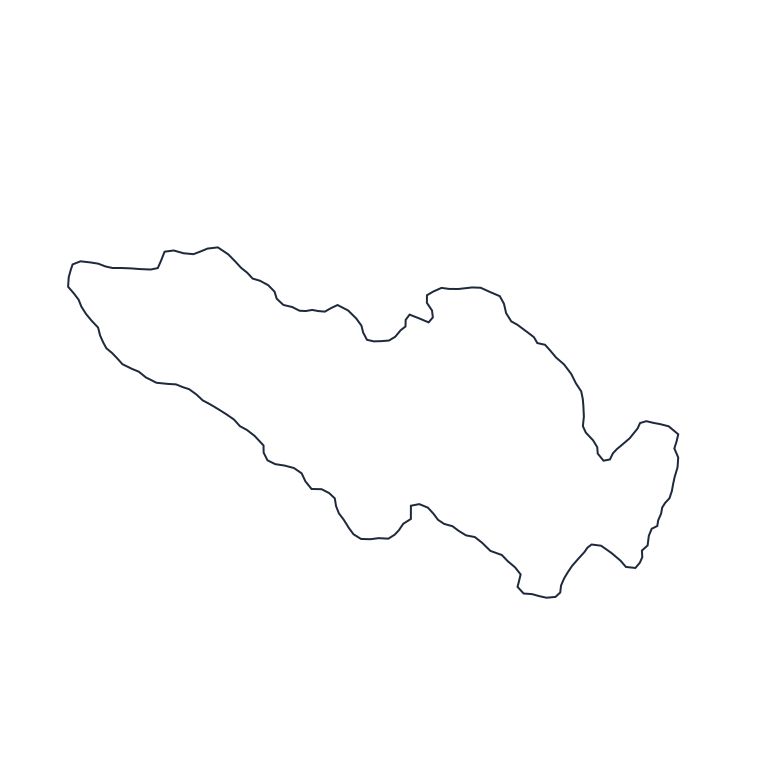 the district of Espírito Santo do Dourado, Minas Gerais, Brazil, rotated 313°
{"feature_id": "56859067B12687901957749", "entity_name": "Espírito Santo do Dourado", "entity_type": "district", "adm_level": 2, "iso_a3": "BRA", "parent_name": "Brazil", "parent_adm1": "Minas Gerais", "projection": "equal_earth", "projection_center": [-45.985, -21.998], "detail": "fine", "context": "isolated", "style": "outline", "palette": "slate", "viewbox_px": 768, "rotation_deg": 313, "n_neighbors": 0, "source": "geoboundaries", "source_scale": "gbopen_adm2", "svg_char_len": 2750}
<svg xmlns="http://www.w3.org/2000/svg" viewBox="0 0 768 768"><g transform="rotate(313 384 384)"><path d="M420.9,693.3L427.7,693.0L433.5,691.0L438.1,686.2L445.7,686.9L453.6,681.2L460.7,678.5L466.5,680.7L471.3,677.5L478.1,675.1L483.4,671.7L488.8,670.7L495.1,670.7L501.9,667.6L508.3,663.5L514.0,660.1L523.3,655.5L530.9,649.3L534.9,640.3L541.4,637.2L547.9,633.5L547.2,621.0L542.8,613.0L539.4,607.7L535.7,601.2L530.1,597.9L524.4,599.8L518.5,600.2L512.0,600.7L503.9,599.8L495.1,598.7L489.4,598.7L482.9,600.7L477.6,596.8L478.9,587.7L483.2,583.1L485.4,575.3L486.1,564.7L488.8,558.2L496.5,552.4L503.8,544.9L508.6,539.6L513.1,533.3L515.4,523.8L519.1,513.9L521.1,502.3L520.7,491.7L521.9,482.1L522.5,475.0L518.5,468.2L520.5,461.7L519.6,452.9L518.3,441.2L516.6,434.4L519.1,425.0L524.5,417.0L527.2,408.8L523.6,398.8L520.3,389.0L514.6,382.5L509.8,378.4L504.1,373.5L497.9,366.7L493.5,360.5L485.0,356.9L478.2,354.9L472.6,360.0L470.5,369.0L466.0,374.3L459.5,374.6L456.2,365.6L452.2,355.4L445.7,356.1L440.7,360.5L434.6,359.5L426.2,360.0L419.2,358.0L413.3,352.6L408.2,347.4L404.7,341.4L407.4,333.7L411.3,327.7L413.0,318.9L413.3,307.6L410.1,296.2L403.7,293.6L396.6,291.4L392.6,286.3L389.2,281.0L383.9,276.9L380.0,272.3L377.7,264.4L373.2,256.5L373.2,247.4L376.9,241.0L377.3,231.9L374.9,222.8L371.5,216.0L372.1,208.0L371.5,200.2L372.1,192.5L372.6,181.6L370.6,169.3L362.7,162.6L355.3,159.2L349.0,156.1L342.9,148.2L338.2,139.1L331.1,133.3L322.0,136.9L314.5,139.5L308.6,135.3L301.5,127.0L296.4,120.6L289.9,113.0L283.6,106.2L280.0,100.1L277.1,92.9L272.7,86.4L266.8,78.4L259.1,74.7L254.0,77.0L247.2,80.5L239.7,86.6L238.7,95.6L237.4,103.1L234.2,109.9L232.0,118.3L230.9,126.7L230.3,136.4L225.9,143.2L223.0,150.0L220.8,156.5L221.2,164.0L220.8,171.3L220.1,179.2L223.2,189.4L225.8,196.3L226.4,205.3L229.7,216.7L236.3,225.4L241.9,232.2L244.5,239.0L247.3,245.0L248.4,253.9L248.4,262.6L250.7,271.3L252.7,280.7L254.4,289.7L255.7,298.6L254.9,307.3L256.9,315.1L257.8,324.7L256.9,337.8L251.7,342.8L248.7,350.8L251.2,359.1L256.6,367.0L261.1,375.4L262.5,384.7L259.2,392.9L257.8,402.6L264.5,410.1L266.8,418.2L266.8,426.0L262.0,432.2L258.6,439.3L257.3,447.0L254.7,456.7L253.3,464.2L255.0,472.9L261.2,479.9L267.6,485.2L273.9,492.7L281.2,494.6L287.2,494.6L295.0,493.4L303.6,495.7L308.8,490.9L313.3,486.7L320.2,491.7L323.5,500.4L322.9,508.3L321.5,516.2L322.7,523.4L326.7,531.1L327.5,538.6L329.2,547.1L334.0,554.8L334.8,563.9L334.5,575.6L339.3,586.9L338.8,595.3L339.3,604.8L337.9,613.8L331.7,617.3L326.7,620.0L326.0,629.0L331.4,635.7L334.5,641.8L338.5,648.6L345.2,654.6L351.7,655.1L357.4,650.9L364.7,648.3L371.7,646.8L379.3,645.6L388.8,645.3L397.8,645.2L403.1,644.4L408.2,645.3L413.8,653.1L415.5,665.4L416.1,677.3L415.2,685.7L420.9,693.3Z" fill="none" stroke="#1e293b" stroke-width="2"/></g></svg>